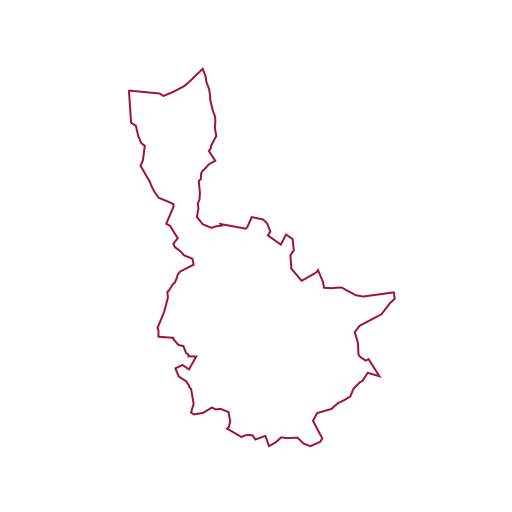 outline of Langtang North, Plateau, Nigeria, rotated 161°
{"feature_id": "59680162B43697273286299", "entity_name": "Langtang North", "entity_type": "district", "adm_level": 2, "iso_a3": "NGA", "parent_name": "Nigeria", "parent_adm1": "Plateau", "projection": "mercator", "projection_center": [9.819, 9.049], "detail": "fine", "context": "isolated", "style": "outline", "palette": "rose", "viewbox_px": 512, "rotation_deg": 161, "n_neighbors": 0, "source": "geoboundaries", "source_scale": "gbopen_adm2", "svg_char_len": 2265}
<svg xmlns="http://www.w3.org/2000/svg" viewBox="0 0 512 512"><g transform="rotate(161 256 256)"><path d="M178.5,102.1L183.1,121.8L186.3,121.3L189.3,125.2L190.9,127.9L191.1,129.9L188.2,139.5L187.8,142.7L187.4,151.8L180.8,156.3L156.3,160.1L144.7,167.8L138.8,170.4L137.5,176.7L137.9,176.8L168.0,182.8L174.6,186.6L185.3,198.3L190.1,199.8L194.3,200.7L202.0,203.8L201.1,210.3L202.0,222.5L204.4,220.8L220.9,217.7L226.9,233.1L226.4,233.5L223.2,245.6L218.4,249.1L215.9,260.1L220.6,266.5L228.9,258.7L234.2,266.2L238.1,271.6L234.5,274.3L234.9,283.4L237.5,288.3L247.4,294.2L254.6,286.4L256.8,285.2L279.0,297.7L278.5,296.0L284.5,297.1L289.0,297.1L296.1,303.5L299.2,312.1L295.3,319.0L295.1,319.2L293.9,324.6L290.9,328.0L289.9,330.7L288.7,333.2L285.7,345.5L283.1,346.7L281.0,351.9L279.3,353.6L275.6,355.3L270.6,358.1L263.5,359.3L266.4,370.7L264.1,372.1L262.4,375.0L254.4,382.5L253.3,390.3L250.6,396.5L249.3,401.2L249.5,407.3L248.5,418.1L247.2,422.7L246.0,428.9L246.3,436.5L245.1,442.7L245.5,450.3L252.0,447.3L261.1,443.0L268.2,440.1L281.0,438.1L291.5,437.5L294.2,441.0L321.7,453.5L322.4,453.4L330.7,422.7L327.2,418.1L328.3,407.7L327.7,400.0L325.3,396.4L331.8,383.2L335.8,379.0L333.9,368.9L333.1,365.3L332.2,361.1L332.0,355.6L331.2,349.9L329.1,342.8L320.4,335.1L317.2,331.9L318.1,329.3L330.4,315.7L327.5,312.6L324.2,298.3L330.2,294.4L329.8,290.8L326.0,285.2L323.8,280.0L317.0,274.2L317.8,268.1L332.7,266.0L335.9,264.1L338.3,260.7L341.6,257.1L343.6,256.6L349.6,251.6L351.5,251.0L352.8,245.4L360.9,233.3L360.9,233.2L372.4,220.2L372.5,217.4L374.5,211.4L360.9,205.6L361.2,204.2L358.3,197.1L354.0,194.5L353.7,187.2L352.1,184.7L352.6,183.2L345.3,180.4L356.3,170.6L361.0,176.9L368.8,176.0L368.3,167.3L368.3,167.2L363.0,160.5L361.4,155.0L361.8,153.9L360.7,151.3L363.1,136.5L368.4,129.1L366.2,126.4L356.9,124.9L347.1,127.1L343.9,124.0L339.3,123.0L332.8,117.4L334.2,108.2L337.2,103.3L339.6,102.2L328.6,89.5L327.6,89.8L323.6,89.8L320.5,88.9L317.7,87.6L316.3,82.7L305.7,82.9L305.6,72.1L298.6,73.2L291.1,76.3L286.4,73.9L275.9,70.7L272.2,63.3L266.6,58.5L255.9,59.4L252.7,61.9L255.8,81.6L249.3,87.6L234.0,86.8L232.7,87.7L226.2,90.2L218.9,91.1L216.0,91.8L212.8,92.3L207.1,98.7L202.1,101.2L198.9,102.8L195.9,103.3L188.4,109.2L178.5,102.1Z" fill="none" stroke="#9f1239" stroke-width="2"/></g></svg>